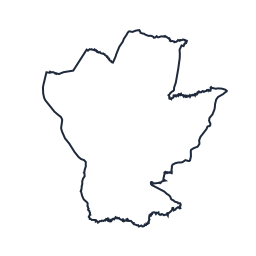 Thung Si Udom, Ubon Ratchathani, Thailand (Robinson projection), rotated 10°
{"feature_id": "78962969B14967279450618", "entity_name": "Thung Si Udom", "entity_type": "district", "adm_level": 2, "iso_a3": "THA", "parent_name": "Thailand", "parent_adm1": "Ubon Ratchathani", "projection": "robinson", "projection_center": [104.937, 14.739], "detail": "fine", "context": "isolated", "style": "outline", "palette": "slate", "viewbox_px": 256, "rotation_deg": 10, "n_neighbors": 0, "source": "geoboundaries", "source_scale": "gbopen_adm2", "svg_char_len": 5837}
<svg xmlns="http://www.w3.org/2000/svg" viewBox="0 0 256 256"><g transform="rotate(10 128 128)"><path d="M56.6,127.0L59.9,128.7L61.6,130.9L61.9,132.4L62.1,139.2L62.4,140.4L63.8,143.2L67.8,149.2L72.9,153.6L79.6,161.0L84.3,165.1L87.1,166.7L90.4,167.3L92.3,168.8L93.1,173.1L92.6,176.8L92.7,178.7L92.3,179.6L92.9,180.0L93.7,183.0L92.5,185.7L92.2,188.4L92.6,190.4L92.7,192.4L92.5,193.0L92.8,195.9L92.6,197.1L92.8,197.3L92.4,198.5L92.8,198.8L94.8,203.1L96.8,206.0L100.8,208.5L101.4,209.4L101.7,212.1L102.1,212.3L102.7,213.8L103.2,214.2L102.9,215.5L104.4,216.5L104.7,217.4L105.3,218.0L105.4,219.3L105.9,220.0L105.4,220.3L104.8,222.4L105.7,223.0L106.1,224.2L107.3,224.2L108.3,224.8L111.8,224.3L112.1,224.4L112.4,225.5L113.1,224.7L114.8,226.4L116.4,224.6L117.8,224.4L118.4,223.7L120.1,223.8L121.0,222.8L121.6,223.0L122.3,221.3L123.6,221.3L123.8,220.6L124.4,220.6L124.6,220.9L124.6,221.2L124.1,221.2L124.1,221.8L123.5,222.0L123.6,222.4L124.2,222.8L126.5,223.2L126.7,222.8L127.5,222.7L127.5,222.2L126.5,222.1L126.7,221.5L127.3,221.3L127.6,222.0L127.9,222.1L128.5,220.5L128.9,220.1L129.3,219.9L129.9,220.4L130.3,220.4L131.3,218.0L132.3,218.7L132.6,218.2L133.0,218.2L133.7,218.8L134.8,218.2L135.3,218.9L137.3,219.6L137.9,219.6L138.8,218.8L139.0,219.1L139.1,220.6L140.0,220.7L140.4,220.4L140.2,219.6L143.7,219.5L143.6,219.1L142.6,218.1L143.2,217.7L143.7,218.4L145.2,219.3L147.1,219.0L149.2,220.7L150.1,220.6L150.1,221.4L150.8,221.8L152.5,221.9L153.8,222.3L154.8,221.9L155.8,223.1L158.2,221.7L159.0,222.4L159.8,222.4L161.0,221.6L161.2,220.1L161.9,220.1L162.3,220.5L162.7,220.4L163.2,219.6L163.0,218.9L163.9,219.0L164.1,218.0L164.5,218.3L165.0,217.9L164.6,216.2L164.9,215.6L164.6,215.1L165.0,214.3L164.4,213.2L164.3,210.1L165.1,209.7L165.6,210.5L165.8,210.4L165.3,208.9L165.7,208.7L166.6,208.7L166.6,207.3L167.2,207.2L167.5,206.7L168.9,206.4L170.0,206.9L170.1,207.6L170.4,207.9L171.0,206.4L172.1,206.5L172.7,205.9L173.3,207.4L174.7,208.0L175.7,207.6L175.8,207.0L177.0,206.9L178.2,207.6L178.7,207.6L179.0,207.3L180.4,206.8L181.1,205.9L182.4,207.3L182.3,206.0L182.1,205.6L181.8,205.7L181.6,205.0L183.0,204.6L184.7,202.6L185.5,201.2L185.7,199.0L186.3,198.9L186.4,199.9L186.8,199.9L187.4,200.9L187.7,200.3L188.3,200.5L188.8,200.2L189.3,199.0L190.9,197.3L191.4,197.3L191.7,197.7L192.2,197.7L192.9,198.2L193.5,197.9L193.1,197.2L192.5,196.9L192.8,195.5L193.2,195.3L193.1,194.0L192.4,193.1L190.5,193.5L189.9,192.7L186.8,192.4L185.4,191.4L183.7,191.0L182.6,190.3L181.6,188.3L179.8,187.0L177.6,186.1L174.8,184.3L161.3,180.0L160.4,179.2L160.0,177.7L160.2,177.2L160.6,177.1L161.6,177.3L162.5,178.3L167.9,176.7L168.2,176.3L169.2,176.8L169.8,176.2L170.3,175.0L172.2,173.9L173.9,173.3L171.7,172.4L171.9,166.4L171.6,165.5L172.0,165.1L172.3,165.2L172.7,164.6L173.7,164.9L173.8,165.4L174.1,165.1L174.4,165.3L174.6,164.7L174.9,164.6L175.8,165.0L176.5,164.5L176.7,164.8L178.3,164.4L178.6,164.9L178.9,164.9L178.6,163.1L178.2,163.1L178.1,159.4L177.8,157.9L178.4,156.2L180.8,154.4L183.6,153.2L186.4,152.7L187.8,152.0L190.1,149.7L193.5,150.0L194.0,149.9L194.7,149.1L194.9,145.0L193.8,139.6L194.0,138.4L196.3,136.4L199.5,134.5L200.0,134.0L201.1,131.2L200.2,127.7L200.9,124.1L205.5,115.4L206.0,112.9L206.7,112.3L207.9,112.0L208.5,111.2L208.4,109.5L206.6,106.8L206.5,103.9L208.8,100.0L209.9,94.9L209.9,92.2L209.6,89.5L209.9,84.7L211.3,81.8L215.8,78.1L217.5,76.0L218.7,75.0L218.8,74.2L217.2,73.4L214.5,73.0L212.5,73.0L209.1,73.5L207.8,74.1L203.3,73.9L202.7,73.3L202.3,73.9L202.8,75.2L202.7,77.0L201.9,77.1L201.8,76.7L200.6,76.5L200.4,77.3L199.9,76.8L199.4,77.2L199.0,77.1L198.7,77.9L197.4,78.5L197.1,78.9L196.2,78.7L195.9,79.2L194.9,78.8L193.7,80.2L192.1,80.5L191.9,79.8L191.3,79.7L190.2,80.9L190.1,81.5L190.5,82.0L190.1,82.9L189.6,83.2L189.3,82.8L188.6,82.7L188.4,84.3L187.5,83.4L186.8,84.4L185.7,84.2L185.4,84.8L184.8,84.7L183.8,84.9L184.0,85.6L183.7,86.4L183.1,85.5L182.9,86.1L182.3,85.8L182.0,86.3L181.4,86.5L180.5,85.9L179.9,86.8L180.2,87.3L179.7,87.5L179.3,87.2L178.8,86.2L177.7,87.0L177.5,87.5L177.1,87.2L176.9,86.0L174.1,86.4L174.0,86.1L174.7,85.7L174.3,85.0L173.4,85.7L173.3,86.3L172.5,85.7L172.0,85.8L171.9,87.3L171.4,86.9L170.9,87.0L170.9,87.7L170.1,87.8L169.9,88.3L169.1,87.6L168.6,88.0L168.1,87.9L168.2,88.5L167.3,88.4L167.4,89.7L167.2,90.3L165.6,91.1L165.6,91.9L165.1,91.6L164.9,92.0L163.7,91.9L163.4,91.2L163.3,89.8L162.2,88.7L162.9,87.9L163.6,86.3L165.3,84.2L166.1,83.7L166.7,82.7L166.4,80.0L167.2,75.1L167.2,61.2L166.8,50.3L166.2,46.1L165.2,42.0L166.4,37.4L168.5,37.7L168.8,36.7L168.8,35.7L169.3,34.7L170.0,34.8L170.5,34.3L170.3,33.0L170.8,32.8L170.8,31.9L169.8,31.8L169.1,32.1L168.5,31.8L168.5,31.4L166.7,31.3L165.9,32.1L163.9,32.4L163.8,32.9L163.5,32.8L163.3,33.2L162.0,32.7L160.8,34.6L158.9,35.4L158.7,35.0L158.2,35.0L158.0,34.7L156.2,34.7L155.0,35.1L154.4,34.4L154.1,34.5L154.1,33.5L153.1,33.2L152.8,32.9L152.8,32.4L151.7,32.4L149.7,31.4L148.8,31.7L148.4,31.0L147.2,31.5L147.1,31.8L144.7,32.0L142.3,33.4L141.4,33.4L140.3,32.6L139.0,34.2L137.8,34.6L137.1,33.8L136.3,33.5L134.5,33.2L132.3,33.7L129.0,33.1L127.2,32.3L126.5,32.5L123.9,32.1L123.5,31.3L122.7,30.6L122.6,30.0L122.1,29.6L118.9,30.7L115.7,32.6L112.4,32.6L111.8,33.1L110.9,34.8L110.4,36.5L108.5,40.8L107.8,44.1L105.4,49.3L103.7,57.0L103.3,60.1L101.8,66.2L100.4,66.0L100.3,65.5L99.5,64.8L98.5,64.8L97.4,63.8L97.5,63.2L97.1,62.8L96.3,62.8L95.6,61.8L95.2,61.8L95.3,61.2L92.7,60.2L92.2,59.4L91.3,59.4L90.6,58.9L90.1,59.2L88.5,59.1L87.6,58.7L87.1,58.1L86.1,58.8L85.5,58.6L85.3,58.3L84.7,58.5L84.5,58.2L84.1,58.2L84.0,57.5L82.9,57.5L82.9,57.1L82.5,57.2L81.5,56.4L81.1,57.2L79.1,57.0L78.6,56.7L77.9,57.1L76.5,57.1L76.0,57.8L75.1,58.4L75.0,58.7L73.7,58.0L64.1,81.0L54.9,84.2L50.5,86.9L48.1,86.6L47.9,87.2L47.0,87.0L47.1,86.6L44.4,86.0L43.3,86.5L41.5,86.1L41.4,87.2L38.0,87.3L37.2,100.4L37.2,102.8L38.5,108.8L40.2,112.9L41.8,115.1L52.6,124.6L56.6,127.0Z" fill="none" stroke="#1e293b" stroke-width="2"/></g></svg>